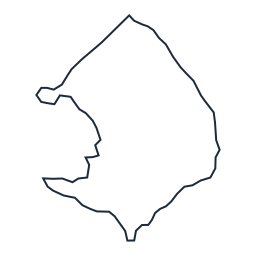 Jumirim, São Paulo, Brazil (Albers equal-area conic projection)
{"feature_id": "56859067B92437086932539", "entity_name": "Jumirim", "entity_type": "district", "adm_level": 2, "iso_a3": "BRA", "parent_name": "Brazil", "parent_adm1": "São Paulo", "projection": "albers", "projection_center": [-47.796, -23.1], "detail": "fine", "context": "isolated", "style": "outline", "palette": "slate", "viewbox_px": 256, "rotation_deg": 0, "n_neighbors": 0, "source": "geoboundaries", "source_scale": "gbopen_adm2", "svg_char_len": 980}
<svg xmlns="http://www.w3.org/2000/svg" viewBox="0 0 256 256"><path d="M210.4,177.5L215.3,168.4L215.6,157.4L219.6,149.8L216.2,140.2L215.0,122.3L213.7,112.4L205.3,101.5L201.1,95.7L193.5,80.8L185.6,72.7L180.6,67.3L173.0,56.7L165.8,44.3L159.1,38.1L153.3,30.0L147.7,26.3L142.4,24.5L134.2,20.8L129.2,15.4L101.5,42.6L81.6,59.5L71.5,69.3L67.1,76.1L61.9,84.6L53.7,89.6L47.2,87.9L41.3,87.9L36.4,95.0L41.2,101.9L47.8,103.2L54.4,104.2L59.9,95.4L70.6,96.8L74.3,102.2L79.4,109.3L85.8,113.1L92.8,120.8L96.4,127.7L100.5,139.8L95.2,145.2L98.6,155.4L92.8,157.1L85.6,157.5L89.2,164.9L87.2,177.5L78.4,178.5L72.5,182.2L62.3,178.5L53.4,178.8L43.2,178.4L47.6,186.6L53.2,190.7L63.7,195.5L75.0,197.8L82.4,205.2L90.3,208.9L96.8,211.4L109.1,211.7L114.6,216.2L125.2,231.0L127.4,240.6L134.2,240.5L136.0,230.7L142.0,225.0L148.3,224.9L151.9,219.9L155.1,213.0L160.1,208.9L166.0,206.3L171.4,201.3L177.2,193.7L184.4,186.7L192.5,185.3L200.7,180.5L210.4,177.5Z" fill="none" stroke="#1e293b" stroke-width="2"/></svg>